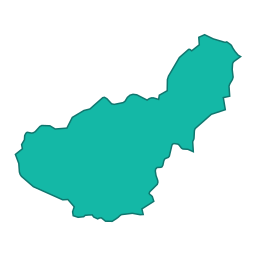 outline of Granada
{"feature_id": "ESP-5821", "entity_name": "Granada", "entity_type": "Autonomous Community", "adm_level": 1, "iso_a3": "ESP", "parent_name": "Spain", "parent_adm1": "", "projection": "orthographic", "projection_center": [-3.141, 37.388], "detail": "fine", "context": "isolated", "style": "filled", "palette": "teal", "viewbox_px": 256, "rotation_deg": 0, "n_neighbors": 0, "source": "natural_earth", "source_scale": "10m", "svg_char_len": 1695}
<svg xmlns="http://www.w3.org/2000/svg" viewBox="0 0 256 256"><path d="M143.2,214.5L140.1,214.7L132.4,213.3L121.4,214.6L119.8,215.7L118.3,217.2L116.1,218.8L112.2,221.3L105.5,221.2L101.3,217.8L99.2,218.1L97.7,218.9L93.7,217.0L92.2,214.9L88.8,215.0L85.2,215.3L83.7,216.7L78.1,217.3L73.2,215.7L72.6,211.8L74.2,206.8L67.9,199.5L62.7,199.8L33.4,186.7L21.5,176.4L20.2,174.5L19.4,172.0L18.8,163.5L15.4,154.4L22.4,148.8L21.6,144.6L24.4,139.8L24.7,135.6L25.8,133.4L26.7,132.5L27.5,132.3L31.5,133.1L33.3,132.8L35.2,131.7L39.9,126.5L41.8,125.5L49.9,125.8L55.2,129.0L66.9,128.1L72.3,117.4L83.9,110.5L89.9,109.0L102.7,97.7L104.4,97.3L106.9,98.7L111.6,103.8L114.2,104.4L123.2,102.6L125.1,101.2L127.4,97.4L130.0,95.2L133.0,94.3L136.8,94.8L147.1,100.1L149.3,98.6L151.3,97.9L153.5,97.9L158.6,99.4L159.3,95.2L167.2,90.7L167.4,79.6L168.5,76.1L179.4,57.5L188.6,49.4L189.4,49.3L190.0,49.5L191.7,50.8L199.3,44.8L198.8,37.3L204.6,34.7L213.3,38.9L224.4,42.2L225.5,42.3L226.8,41.9L230.5,44.5L231.3,45.3L231.5,45.6L232.9,48.3L235.1,51.6L238.2,55.2L240.6,56.6L234.1,61.3L233.2,62.3L232.6,63.6L232.2,69.5L233.1,77.1L232.4,79.5L229.9,83.7L229.0,86.1L229.7,96.2L223.3,97.6L225.3,109.7L211.3,114.3L195.1,128.6L194.4,130.6L194.0,138.2L193.8,139.2L192.9,141.1L192.7,141.9L193.3,151.7L187.9,149.3L182.9,149.0L181.5,148.2L178.9,144.8L177.8,144.1L174.6,143.6L173.3,143.7L172.4,144.4L171.9,145.2L169.3,156.2L168.3,157.4L165.7,158.4L164.6,159.1L163.8,160.9L162.9,165.1L162.0,166.8L160.9,167.3L157.2,167.5L155.7,168.9L155.3,171.0L156.0,175.5L157.7,180.4L157.9,182.2L157.3,184.3L149.7,191.8L149.1,193.5L150.0,194.6L151.3,195.5L152.3,196.6L153.8,201.3L141.9,208.9L143.2,214.5Z" fill="#14b8a6" stroke="#0f766e" stroke-width="1.5"/></svg>